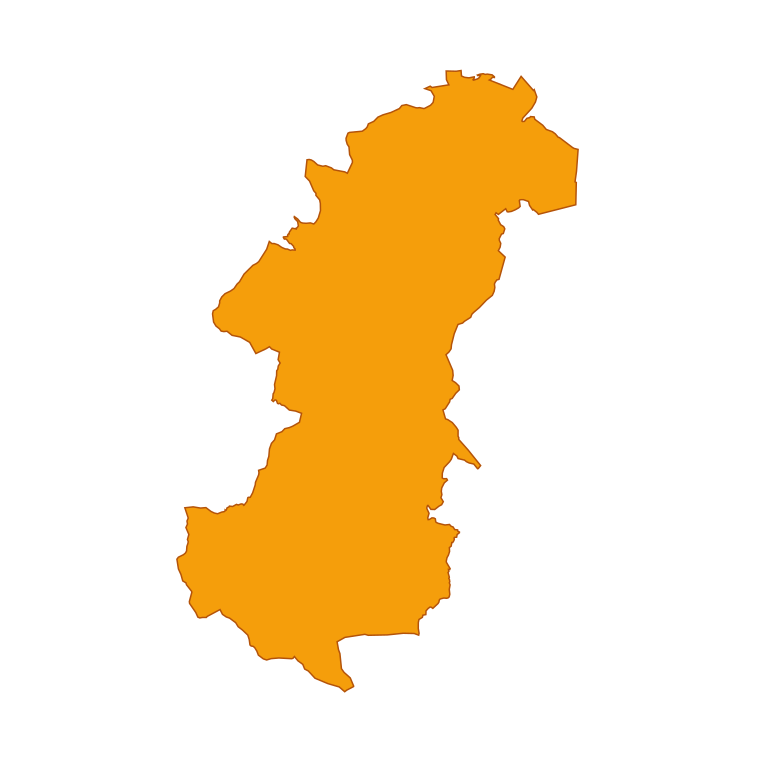 the district of Vetca, Mures, Romania, rotated 77°
{"feature_id": "2599482B39536420897954", "entity_name": "Vetca", "entity_type": "district", "adm_level": 2, "iso_a3": "ROU", "parent_name": "Romania", "parent_adm1": "Mures", "projection": "natural_earth1", "projection_center": [24.823, 46.343], "detail": "fine", "context": "isolated", "style": "filled", "palette": "amber", "viewbox_px": 768, "rotation_deg": 77, "n_neighbors": 0, "source": "geoboundaries", "source_scale": "gbopen_adm2", "svg_char_len": 6167}
<svg xmlns="http://www.w3.org/2000/svg" viewBox="0 0 768 768"><g transform="rotate(77 384 384)"><path d="M591.7,577.4L598.0,573.2L602.7,572.8L608.1,573.3L609.4,572.4L610.2,570.5L611.8,569.3L615.6,568.0L619.9,567.4L624.7,563.4L626.5,560.4L626.2,555.8L627.3,548.1L630.9,535.7L630.8,534.4L629.4,532.6L634.4,530.1L638.9,526.2L643.9,525.4L646.6,522.3L655.2,517.4L663.3,506.1L669.1,495.8L675.0,491.5L673.9,489.1L672.0,481.8L671.6,481.5L662.8,483.0L656.0,487.8L651.8,489.5L636.8,487.6L632.6,488.1L624.6,487.7L622.1,479.0L623.6,458.9L625.3,455.9L629.2,437.3L631.2,421.3L633.9,410.7L636.5,406.7L634.8,405.9L629.9,405.6L624.1,404.2L621.3,402.9L620.0,399.1L618.0,398.1L618.1,395.1L614.5,394.1L612.6,391.4L611.7,389.3L612.0,388.3L613.6,386.9L610.1,380.8L608.9,379.6L606.9,378.7L606.1,377.6L606.0,373.9L606.9,371.1L606.8,369.6L606.1,368.4L603.7,367.2L598.8,366.6L594.6,364.8L592.4,365.1L591.5,364.4L589.0,364.2L588.0,364.6L587.0,363.8L582.0,364.0L581.3,363.0L579.1,362.9L579.6,361.7L578.8,361.1L571.8,363.3L570.7,363.2L567.4,361.7L565.3,359.8L562.0,357.8L558.1,357.1L557.1,355.0L553.7,353.6L553.9,352.7L552.4,351.2L551.1,350.4L549.9,350.4L549.3,349.9L549.6,347.7L547.1,346.6L545.9,344.0L545.2,343.8L544.0,345.2L542.7,345.1L541.7,347.9L538.9,348.8L537.7,350.6L535.6,351.8L535.1,356.3L531.9,362.6L530.7,364.1L529.9,364.6L526.9,364.3L525.8,365.5L525.2,367.4L526.2,370.2L526.1,371.5L524.3,371.5L520.1,369.2L514.9,370.3L513.9,370.0L512.2,368.9L512.2,368.4L516.7,366.5L517.7,362.8L515.4,357.9L514.6,355.0L512.0,352.7L507.6,354.1L504.9,352.5L501.4,352.3L498.2,351.1L493.9,347.5L491.9,343.8L490.3,344.3L489.7,347.3L488.6,348.4L484.0,347.2L478.9,344.2L474.5,337.6L472.4,335.3L467.3,332.0L470.6,329.2L473.3,328.6L476.3,322.6L478.2,321.2L480.1,318.8L482.2,314.5L487.6,311.9L487.6,311.2L485.2,308.2L467.2,316.9L454.9,323.6L452.9,323.2L451.6,323.6L445.7,322.2L442.5,323.3L437.0,326.1L433.1,329.8L431.8,331.9L422.5,332.4L421.9,329.9L416.2,324.1L413.8,323.0L413.4,320.8L409.3,316.3L406.6,311.9L402.8,311.4L398.9,313.9L395.9,316.8L391.2,314.7L386.1,314.0L369.4,317.0L367.5,313.6L364.8,310.7L360.9,309.4L350.9,304.3L342.6,298.5L342.3,293.7L341.0,291.5L338.5,284.5L335.8,282.7L334.4,280.5L330.9,273.8L325.3,265.3L322.0,258.5L318.4,255.8L314.9,254.3L311.4,253.9L310.0,252.9L308.0,250.7L307.9,248.4L287.6,237.4L279.8,242.6L276.7,240.0L273.2,238.6L270.1,239.3L268.4,239.1L264.4,235.8L264.2,233.9L260.0,231.4L257.6,232.0L255.0,234.5L250.0,235.8L248.7,235.2L243.8,237.6L242.4,236.3L244.5,234.4L240.6,226.0L243.9,225.2L244.3,224.1L244.5,221.0L243.8,217.0L242.7,213.2L241.6,211.4L235.8,210.9L235.2,210.3L235.2,209.0L235.8,206.6L238.7,202.1L242.8,202.0L247.9,200.0L247.6,199.3L251.2,196.4L253.4,195.3L252.5,156.8L230.9,151.3L230.0,152.4L220.1,148.6L199.1,142.1L197.2,145.8L196.0,147.1L183.4,157.6L182.7,158.8L178.8,160.8L176.1,163.1L172.5,168.6L167.6,171.1L160.0,177.5L157.5,177.6L156.4,181.1L157.2,182.1L157.3,185.1L159.7,188.1L159.4,190.0L158.7,190.5L156.1,188.9L148.5,177.9L143.3,173.0L138.7,170.5L131.0,171.4L131.7,172.3L115.1,181.2L125.9,192.2L111.5,213.0L110.8,210.9L109.5,209.3L110.2,207.5L109.5,207.3L107.1,209.1L105.3,213.6L105.1,215.8L104.0,217.5L103.7,220.9L104.0,223.5L104.7,223.1L104.4,220.7L105.0,220.4L106.9,222.3L107.7,224.0L108.1,228.3L107.6,228.8L106.1,227.2L105.0,227.0L104.8,232.4L103.3,236.5L101.3,239.2L95.9,238.4L95.5,243.3L93.0,253.0L101.5,254.7L107.1,253.5L105.9,270.5L104.2,272.0L105.4,277.7L108.8,272.2L115.0,270.3L120.7,272.8L122.9,276.0L124.6,282.5L124.5,283.4L122.7,287.2L122.5,289.3L122.0,290.8L116.8,299.4L116.7,304.0L119.1,307.1L121.0,316.2L121.5,324.4L122.6,329.9L125.8,334.9L127.0,340.7L129.7,342.5L131.1,344.3L132.8,348.3L131.1,361.0L131.5,362.7L136.0,365.7L138.2,366.1L142.1,365.9L145.1,364.8L152.8,365.9L158.7,364.5L161.0,364.9L170.4,372.3L168.5,374.5L164.0,384.7L161.6,386.6L158.2,391.7L158.1,394.6L155.6,399.4L151.4,402.3L149.4,404.4L148.4,406.4L148.2,408.6L164.1,414.1L169.5,410.9L179.9,409.0L182.9,407.4L184.9,407.9L190.1,405.3L193.7,405.4L200.8,406.9L207.5,410.7L210.6,413.8L212.3,416.4L210.5,419.4L209.9,423.7L208.9,427.0L207.7,429.0L203.8,431.0L200.7,433.7L201.2,434.0L203.1,433.6L206.3,431.6L210.8,431.9L212.3,433.7L212.3,434.4L213.2,434.6L211.5,438.4L214.8,442.1L216.4,442.7L216.2,443.3L217.1,444.3L218.6,444.7L218.1,448.9L218.6,449.1L220.4,448.5L220.6,447.1L221.6,446.2L225.8,444.4L226.4,442.9L229.4,441.2L231.0,441.1L232.6,440.2L233.6,440.5L232.7,443.2L232.7,445.1L230.8,447.7L230.2,449.8L227.9,452.9L224.5,456.0L222.5,459.3L221.9,461.7L219.3,463.7L226.3,468.0L236.6,478.5L237.9,481.2L238.9,485.1L245.4,495.6L251.9,501.8L253.6,504.7L257.3,508.7L258.9,512.7L260.2,518.5L262.7,522.5L266.0,525.4L268.1,525.9L271.6,527.9L273.4,531.3L274.2,533.9L277.1,535.3L285.3,536.1L289.7,534.7L293.2,531.9L295.8,530.8L296.9,528.3L297.3,525.1L302.4,521.1L305.9,513.4L313.2,505.5L325.5,502.0L323.2,491.3L321.9,487.2L324.6,485.6L329.5,478.7L336.5,481.7L340.2,480.5L342.7,483.0L345.8,484.2L347.0,485.6L351.7,486.8L359.9,490.8L364.1,491.3L367.6,493.1L368.6,494.2L373.2,495.7L374.5,497.0L376.2,495.8L375.1,494.0L375.2,493.1L375.9,492.5L378.9,492.1L379.5,491.4L379.4,489.8L381.4,488.6L382.7,485.9L388.1,482.1L390.5,476.2L394.0,470.9L402.3,475.0L404.6,482.6L405.2,486.2L405.2,490.7L407.5,494.2L408.4,500.0L413.8,503.2L416.5,507.0L421.5,510.2L428.6,512.5L432.3,514.7L436.6,516.1L439.2,518.7L439.9,525.6L442.4,525.8L444.5,526.7L450.8,531.3L453.4,532.2L460.4,536.4L464.3,539.8L463.9,541.7L464.2,542.3L467.6,543.9L470.6,547.6L470.7,548.0L469.3,548.5L468.7,550.2L469.1,553.3L468.1,554.8L469.3,559.0L468.2,562.1L469.0,562.9L469.3,564.7L471.4,566.1L471.5,566.7L471.0,567.1L471.8,567.3L472.4,568.4L472.3,571.0L473.0,575.3L471.6,578.3L469.2,581.3L464.4,585.3L463.6,590.7L460.8,597.5L459.8,605.9L470.6,604.9L473.2,606.8L476.3,607.0L479.3,609.3L486.7,608.0L491.3,610.5L493.4,610.2L495.0,610.8L497.9,612.6L502.4,614.0L504.1,615.6L505.2,617.8L506.5,623.3L508.1,625.2L518.0,625.9L523.9,624.7L530.6,624.4L533.2,621.7L535.2,621.6L542.7,618.1L543.7,618.1L552.2,622.6L554.1,622.8L564.3,618.8L569.3,617.8L570.5,616.1L570.6,613.7L571.5,609.6L570.7,608.6L566.9,594.5L572.1,593.2L575.5,590.1L577.4,587.1L583.2,582.2L587.7,580.7L591.7,577.4Z" fill="#f59e0b" stroke="#b45309" stroke-width="1.5"/></g></svg>